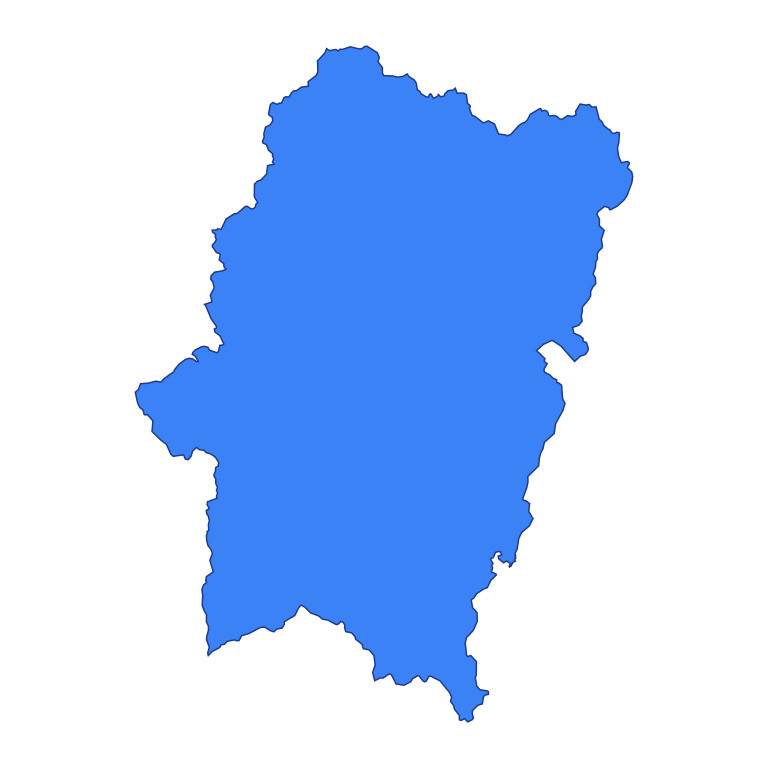 Melgar, Puno, Peru
{"feature_id": "86281439B3458988471442", "entity_name": "Melgar", "entity_type": "district", "adm_level": 2, "iso_a3": "PER", "parent_name": "Peru", "parent_adm1": "Puno", "projection": "orthographic", "projection_center": [-70.684, -14.635], "detail": "fine", "context": "isolated", "style": "filled", "palette": "blue", "viewbox_px": 768, "rotation_deg": 0, "n_neighbors": 0, "source": "geoboundaries", "source_scale": "gbopen_adm2", "svg_char_len": 6075}
<svg xmlns="http://www.w3.org/2000/svg" viewBox="0 0 768 768"><path d="M631.7,171.9L627.6,168.2L627.9,165.9L629.4,163.9L629.1,162.4L627.3,161.5L621.4,162.7L618.8,157.0L617.4,148.2L618.8,142.3L619.4,132.9L616.9,132.2L614.6,133.4L611.9,133.0L609.6,129.5L608.2,129.2L603.7,125.3L602.1,122.0L599.2,119.1L596.0,106.8L592.0,107.2L589.3,104.5L585.9,105.1L580.1,104.0L575.6,111.4L576.1,114.7L572.7,116.5L567.5,115.6L561.9,119.5L559.4,118.8L557.4,116.7L554.3,115.5L549.9,116.0L548.4,115.1L547.9,112.3L546.7,111.1L544.8,110.3L541.8,111.0L540.9,108.8L540.1,108.5L530.3,114.2L527.6,119.6L524.8,122.6L522.2,123.2L518.6,125.8L510.9,134.4L507.1,135.8L505.4,134.9L498.6,134.0L494.5,124.0L488.3,120.8L483.4,123.0L474.8,116.3L472.2,115.5L469.3,108.6L470.3,107.1L470.0,105.5L467.5,103.3L466.4,94.7L463.6,93.1L457.0,93.1L455.3,88.2L453.2,90.0L448.0,90.7L444.9,93.8L444.0,96.2L440.5,96.7L438.4,94.5L437.9,95.9L433.6,98.4L430.8,93.9L429.6,94.3L428.4,96.8L426.5,97.1L420.7,93.5L420.2,91.9L417.2,89.4L416.3,83.2L414.3,80.0L409.1,76.7L407.1,73.9L403.3,76.3L397.9,77.2L392.4,75.9L384.0,75.7L382.4,73.3L382.4,67.5L378.0,61.8L379.3,57.4L377.3,52.7L366.9,46.1L364.7,46.5L361.8,48.7L359.5,49.0L350.1,46.8L342.5,49.4L340.1,49.2L338.2,50.9L335.9,49.5L329.1,50.6L326.7,48.6L324.7,53.2L317.5,60.9L317.9,71.4L317.2,73.6L316.2,75.4L308.1,81.7L308.4,86.2L301.4,87.1L296.8,90.5L293.7,90.9L291.7,92.5L289.0,97.1L286.2,96.7L284.1,97.5L281.4,103.3L279.2,103.1L277.4,104.4L272.8,102.5L270.4,104.5L268.5,113.9L269.3,115.3L272.3,117.3L272.8,121.0L270.0,124.9L265.5,127.2L263.8,133.9L264.2,136.8L262.5,141.6L263.2,143.2L266.5,144.6L268.5,150.2L272.8,154.0L272.4,155.7L273.7,158.8L272.5,161.9L274.1,164.2L267.6,165.6L266.6,174.0L261.1,179.9L257.6,181.1L254.5,184.1L254.3,196.7L257.7,202.7L255.9,204.2L255.3,207.1L253.6,208.5L251.4,209.0L246.9,206.2L245.0,206.7L237.3,213.4L234.2,213.8L226.1,219.0L221.2,229.3L217.5,228.8L216.8,229.9L212.1,230.2L212.8,232.4L215.5,234.3L215.3,237.4L216.4,239.1L215.2,242.0L212.5,244.9L212.3,246.5L216.6,252.7L219.2,253.3L220.3,254.7L219.2,259.9L223.7,263.7L224.0,266.7L226.0,269.3L222.1,270.9L214.5,272.2L211.1,275.8L210.8,279.4L212.8,281.9L214.2,287.9L210.4,295.0L211.9,302.0L204.5,304.4L206.0,306.2L211.0,318.6L216.5,326.4L216.2,328.2L214.3,329.0L214.9,332.0L219.8,335.6L223.9,344.0L222.2,345.2L219.8,345.3L218.5,351.2L217.2,352.8L209.5,350.2L207.9,347.2L204.4,346.4L201.7,346.7L195.5,349.8L192.9,352.3L192.2,354.3L195.3,356.1L198.3,361.6L196.3,361.5L192.9,359.1L189.6,358.3L186.0,359.1L179.2,364.0L174.9,369.3L173.8,371.7L163.7,378.9L161.0,382.1L155.9,381.2L147.8,383.2L140.5,383.7L138.5,389.5L135.3,392.2L137.6,402.9L139.9,407.6L143.0,410.0L144.1,414.2L145.0,414.9L147.4,414.6L152.9,420.9L152.0,431.5L161.0,440.2L166.4,444.3L170.7,453.9L173.2,456.3L183.5,454.9L185.4,459.1L188.1,459.7L191.2,456.1L192.6,451.0L196.6,447.4L199.1,449.6L204.0,450.3L206.1,452.6L210.1,453.7L215.1,456.9L218.8,462.6L218.0,466.4L215.7,467.5L215.4,471.4L213.8,475.3L215.8,479.3L215.7,483.2L217.5,487.7L216.4,490.4L217.6,492.8L216.5,496.2L217.0,498.3L207.5,501.8L207.1,504.7L209.3,508.6L206.3,510.3L206.7,513.7L208.2,515.9L209.4,520.7L208.4,524.2L208.7,530.5L207.1,531.4L207.4,533.2L206.4,535.5L206.7,540.4L208.0,545.6L211.1,549.6L212.4,553.4L209.9,560.3L213.3,571.9L206.4,576.6L205.8,580.4L206.6,582.5L203.6,584.8L201.9,589.5L202.7,595.2L202.2,605.3L204.2,610.8L206.5,614.5L206.4,621.8L208.4,626.0L208.5,630.0L206.6,637.2L206.6,640.1L209.3,647.0L207.7,653.1L208.3,655.5L212.2,651.5L219.6,647.6L221.2,644.8L224.5,644.2L227.2,641.3L234.6,639.9L236.6,640.8L239.1,640.5L241.7,635.6L248.6,633.7L260.3,627.5L264.8,627.1L270.4,630.7L273.9,631.8L276.7,629.1L282.1,628.0L284.2,624.7L284.4,621.6L294.8,615.5L298.8,607.6L301.0,605.1L304.7,607.0L310.6,612.9L318.6,615.9L322.5,619.1L327.8,620.1L336.3,624.6L338.1,624.2L340.9,621.4L343.3,622.4L344.9,625.2L344.6,627.7L345.7,631.6L351.7,632.9L355.1,636.7L355.5,639.1L362.1,644.3L363.3,648.6L369.2,649.9L373.9,655.5L375.2,665.0L372.7,672.4L374.7,680.7L380.5,677.8L383.0,678.1L389.3,673.8L391.5,674.9L396.1,684.0L404.2,685.2L410.8,681.7L412.7,678.5L417.7,675.7L419.1,675.9L422.8,680.8L424.6,681.8L426.2,681.2L428.7,676.4L430.7,676.2L440.0,680.8L449.7,692.7L451.6,697.1L450.5,701.3L453.6,705.5L454.5,709.3L459.3,715.3L459.4,719.9L461.3,720.4L464.5,718.7L467.7,721.9L472.2,719.7L473.4,718.0L472.2,713.4L472.5,710.5L478.0,705.2L482.3,703.9L483.6,696.5L485.2,695.0L488.4,694.4L488.5,692.4L488.2,691.4L486.5,690.8L479.9,689.7L476.8,686.2L475.3,677.8L476.3,675.0L476.4,661.6L470.7,655.5L467.5,656.6L466.5,654.9L465.2,642.7L466.6,637.5L473.3,630.4L477.3,621.2L477.0,612.5L472.6,607.8L471.2,599.9L473.9,597.9L476.5,593.8L483.4,589.1L487.3,587.6L490.9,580.3L496.2,575.1L496.3,574.4L494.5,573.2L491.4,572.2L492.6,567.9L491.5,565.5L493.0,563.5L490.7,559.6L490.9,558.6L493.3,557.6L495.5,552.4L498.4,551.5L500.6,552.1L501.7,554.8L498.2,556.1L498.7,558.8L503.6,562.8L506.6,561.0L510.5,563.7L509.1,566.4L509.5,567.0L510.9,566.2L512.9,562.4L516.0,561.0L514.8,561.0L514.5,560.0L515.8,558.2L514.9,557.2L515.7,556.4L515.1,553.4L517.1,549.1L518.7,538.7L521.6,532.5L529.4,525.8L533.0,518.7L528.7,511.3L529.6,503.5L525.3,500.5L523.3,500.3L522.7,498.8L526.7,487.8L528.0,481.8L527.8,476.5L538.7,465.8L539.3,458.2L541.0,452.3L542.8,449.1L544.4,442.3L554.2,433.5L555.6,423.7L563.0,410.2L565.0,403.2L562.6,398.8L561.6,385.2L558.7,382.9L556.7,382.6L556.7,379.7L552.9,378.1L549.9,375.0L544.4,372.1L544.0,369.2L547.2,363.7L544.3,361.6L544.9,358.6L536.5,350.5L543.5,344.3L552.1,340.3L560.8,345.9L574.6,361.5L580.1,356.3L585.4,354.4L588.0,350.6L588.3,348.1L586.4,342.5L583.1,341.3L583.1,338.4L579.8,335.7L574.0,333.3L572.5,327.5L578.7,325.3L582.2,321.1L581.2,316.1L582.4,310.9L582.1,307.4L588.7,299.4L590.6,295.9L590.7,291.3L592.7,287.2L595.7,283.6L595.4,277.5L593.1,274.2L595.5,267.1L595.8,261.6L597.5,258.9L597.2,254.1L599.1,250.5L601.7,248.3L602.5,246.1L601.3,239.4L604.2,230.4L599.3,225.6L599.4,219.1L596.8,214.0L597.8,211.9L604.5,206.4L608.7,207.5L609.5,209.5L610.6,209.7L617.0,206.3L624.1,199.9L627.1,195.4L631.8,182.8L632.7,176.5L631.7,171.9Z" fill="#3b82f6" stroke="#1e3a8a" stroke-width="1.5"/></svg>